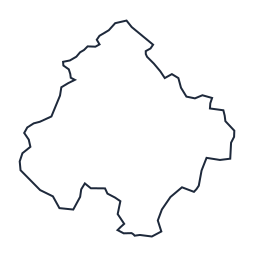 outline of Razgrad, rotated 273°
{"feature_id": "BGR-2256", "entity_name": "Razgrad", "entity_type": "Province", "adm_level": 1, "iso_a3": "BGR", "parent_name": "Bulgaria", "parent_adm1": "", "projection": "albers", "projection_center": [26.578, 43.648], "detail": "fine", "context": "isolated", "style": "outline", "palette": "slate", "viewbox_px": 256, "rotation_deg": 273, "n_neighbors": 0, "source": "natural_earth", "source_scale": "10m", "svg_char_len": 1187}
<svg xmlns="http://www.w3.org/2000/svg" viewBox="0 0 256 256"><g transform="rotate(273 128 128)"><path d="M232.0,109.7L235.2,120.9L229.0,126.4L212.5,148.7L208.6,146.3L205.7,141.7L202.8,141.9L200.1,143.3L193.7,150.4L186.3,157.3L179.8,162.1L184.1,169.0L180.5,175.7L171.0,178.8L162.4,184.7L161.1,193.3L164.6,200.6L162.4,210.4L157.0,208.9L151.8,208.8L150.7,222.3L145.4,223.9L139.9,224.9L130.9,234.3L124.7,234.4L118.7,231.7L102.7,231.7L100.9,221.5L102.3,208.0L89.4,203.7L74.1,201.7L70.7,199.7L67.7,197.2L71.6,185.0L61.3,174.0L48.4,166.1L37.2,162.6L26.4,166.7L20.9,157.5L21.8,145.5L21.3,142.8L20.8,140.3L22.1,139.0L23.2,137.1L22.6,129.2L25.5,122.9L28.7,125.8L32.1,129.2L41.5,122.2L54.5,124.2L57.9,118.6L61.4,110.9L66.5,108.2L65.9,94.0L70.4,87.8L64.3,84.5L56.7,83.8L43.7,77.6L44.4,63.7L55.8,56.6L61.4,43.5L80.2,22.9L89.0,21.6L97.3,23.9L104.1,31.5L111.2,29.5L117.6,24.6L123.3,27.4L127.7,33.6L129.6,39.6L135.5,50.9L156.8,58.4L165.2,59.3L169.7,66.0L173.3,72.4L175.2,68.2L179.0,67.5L183.5,65.8L187.0,60.2L190.7,59.7L192.4,66.4L196.5,72.7L201.1,76.2L203.6,80.0L207.4,83.4L207.5,91.2L210.0,95.2L214.5,92.2L218.6,94.7L224.6,103.7L232.0,109.7Z" fill="none" stroke="#1e293b" stroke-width="2"/></g></svg>